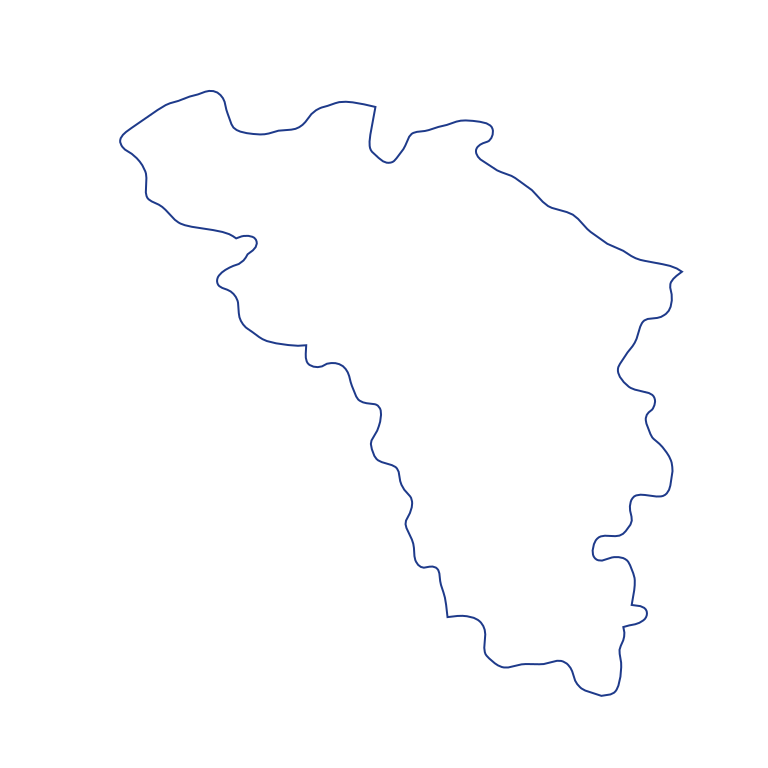 La Mata, Sánchez Ramírez, Dominican Republic (orthographic projection), rotated 99°
{"feature_id": "3306468B26306333639139", "entity_name": "La Mata", "entity_type": "district", "adm_level": 2, "iso_a3": "DOM", "parent_name": "Dominican Republic", "parent_adm1": "Sánchez Ramírez", "projection": "orthographic", "projection_center": [-70.199, 19.067], "detail": "fine", "context": "isolated", "style": "outline", "palette": "blue", "viewbox_px": 768, "rotation_deg": 99, "n_neighbors": 0, "source": "geoboundaries", "source_scale": "gbopen_adm2", "svg_char_len": 5408}
<svg xmlns="http://www.w3.org/2000/svg" viewBox="0 0 768 768"><g transform="rotate(99 384 384)"><path d="M226.5,107.3L224.1,112.9L222.6,120.0L222.1,127.5L221.6,145.3L221.3,150.3L220.4,155.2L218.9,159.8L215.0,168.6L210.6,185.3L201.5,203.7L199.1,207.5L190.6,218.1L187.2,224.0L185.6,230.3L183.8,245.7L182.6,249.8L179.2,255.7L169.4,268.2L160.0,286.7L158.5,290.7L156.4,301.4L155.3,305.7L147.1,323.9L144.8,326.8L141.9,328.9L140.2,329.5L138.4,329.7L136.6,329.3L135.1,328.6L132.6,326.5L130.7,323.9L128.4,319.6L127.4,318.3L124.3,316.5L120.7,315.7L116.9,316.0L115.1,316.7L113.3,317.9L112.0,319.6L110.5,323.6L110.0,330.2L110.2,337.3L110.9,344.6L111.9,349.3L113.5,353.5L118.3,362.5L121.6,370.5L126.2,379.5L127.7,383.2L129.8,390.9L131.4,394.3L132.6,395.8L135.8,397.8L145.3,400.3L149.0,401.6L159.0,406.9L162.1,408.9L163.4,410.3L164.3,412.1L164.8,414.0L165.0,416.0L164.2,419.8L161.6,424.6L156.5,432.2L155.0,433.6L153.1,434.7L151.1,435.4L146.8,436.2L139.9,436.5L111.7,435.8L110.9,447.5L110.7,459.0L111.2,465.8L112.6,472.3L114.3,476.1L118.1,483.2L120.7,488.9L121.8,490.7L124.2,493.9L128.7,497.9L137.6,502.7L140.8,505.0L143.6,507.9L145.8,511.3L147.3,515.4L150.3,527.8L154.6,537.0L156.0,541.0L156.9,545.4L157.5,552.2L157.7,558.9L157.2,565.4L156.2,569.3L154.3,572.8L151.3,575.3L141.3,580.8L137.8,582.6L130.2,585.6L126.9,587.8L124.2,590.7L122.2,594.2L121.4,598.4L121.9,602.6L123.3,606.3L127.1,613.1L130.5,620.9L136.6,631.5L140.2,639.3L142.7,643.3L148.8,650.5L170.6,673.4L175.4,678.2L178.7,680.8L182.4,682.5L184.5,682.7L186.4,682.4L189.5,680.6L190.8,679.4L193.0,676.5L196.1,669.2L199.6,663.6L202.5,660.1L205.8,656.9L211.4,653.0L213.5,652.0L217.7,650.9L232.1,649.2L235.6,647.9L237.2,646.8L238.4,645.4L240.0,642.0L242.1,634.5L243.8,630.7L246.2,627.0L254.5,616.3L256.6,612.3L257.4,610.1L258.3,605.5L258.8,598.4L258.7,576.8L259.1,567.3L260.2,560.4L261.6,556.4L263.3,552.8L260.5,547.8L259.7,545.6L258.9,541.2L259.2,537.0L259.9,535.0L261.5,533.1L263.3,532.1L265.2,531.6L268.9,532.2L272.5,534.4L277.2,539.0L280.7,540.3L284.0,542.1L288.2,546.2L290.9,551.3L293.2,554.8L296.1,558.5L299.2,561.6L302.7,564.0L304.6,564.8L306.6,565.1L308.5,565.0L310.3,564.4L311.9,563.4L313.1,562.0L314.4,558.8L315.4,553.6L316.6,549.9L318.6,546.7L321.3,543.9L324.6,541.7L326.5,540.9L336.7,538.5L340.7,537.2L344.1,535.2L347.2,532.5L349.7,529.4L350.7,527.5L353.4,521.9L357.1,514.8L358.7,511.0L359.9,506.4L360.7,496.9L360.5,484.6L359.7,474.9L357.9,466.9L366.6,466.0L370.4,465.3L373.9,463.8L375.5,462.5L376.8,460.6L377.9,456.4L377.7,452.1L376.3,448.0L372.9,443.5L371.6,439.5L371.0,435.4L371.4,431.3L372.8,427.4L375.2,424.2L378.2,421.6L381.7,419.6L387.4,417.2L390.9,415.4L400.7,409.5L403.4,407.0L404.3,405.4L405.4,401.9L405.7,398.2L405.4,389.8L405.7,388.2L406.4,386.6L408.8,384.1L410.7,383.1L414.9,382.1L421.8,381.9L426.5,382.5L431.1,383.4L441.7,387.5L445.3,387.6L450.3,385.8L456.5,382.3L459.2,379.7L460.3,377.9L461.5,374.0L462.9,363.5L464.2,359.6L465.4,358.0L468.4,355.8L477.4,352.8L480.8,351.0L485.2,347.5L490.9,340.6L492.3,339.4L495.7,337.9L497.6,337.5L501.5,337.3L507.4,338.2L515.5,340.9L519.1,340.8L522.7,339.3L533.3,332.1L537.2,330.1L541.2,328.8L549.3,327.0L553.1,325.5L554.6,324.5L557.3,322.0L558.9,319.0L559.2,315.9L557.3,310.4L556.7,307.4L557.2,304.1L558.1,302.6L559.3,301.3L562.4,299.7L569.8,297.7L573.5,296.3L580.7,292.6L585.5,290.4L592.4,288.1L604.3,284.8L601.6,275.1L600.7,270.3L600.4,265.7L600.9,258.8L602.3,254.4L603.3,252.6L604.5,250.9L607.5,248.1L611.0,246.1L615.5,244.8L628.9,243.7L633.0,242.5L634.9,241.5L636.3,240.2L638.6,237.2L642.5,230.9L644.1,227.4L645.1,223.4L645.2,221.3L644.6,217.1L639.4,204.3L638.4,200.1L636.5,186.7L635.6,182.4L630.3,169.8L629.8,165.7L630.1,163.6L631.5,159.8L632.6,158.2L635.2,155.4L638.3,153.2L647.1,148.8L650.2,146.2L652.7,143.1L653.8,141.4L655.3,137.3L658.0,120.5L655.2,111.8L653.0,108.6L651.3,107.3L649.4,106.4L645.2,105.3L636.1,104.7L626.6,105.4L622.1,106.2L613.7,109.0L609.7,109.8L605.7,109.2L599.7,107.6L595.8,107.3L591.9,107.7L586.6,109.6L584.1,104.1L582.0,98.3L579.9,94.4L577.0,91.0L575.3,89.6L573.3,88.7L571.3,88.3L569.3,88.4L567.4,89.0L565.7,90.2L564.4,92.0L563.3,96.0L563.5,104.8L548.5,104.6L543.5,104.9L538.7,105.6L536.4,106.2L532.0,108.2L524.5,112.6L521.5,114.9L520.2,116.4L519.2,118.4L518.5,120.6L518.3,125.1L519.0,129.6L519.7,131.8L524.3,141.0L524.6,144.7L524.2,146.5L523.2,148.3L521.6,149.9L519.8,150.9L515.8,151.9L509.4,151.6L505.3,150.4L503.5,149.3L501.8,147.8L500.6,146.0L499.3,142.1L498.1,131.7L496.9,127.7L494.6,124.5L491.6,122.3L484.4,118.6L480.2,117.9L476.3,118.8L470.6,121.1L466.3,122.0L461.9,121.9L459.8,121.5L457.8,120.6L455.9,119.3L454.6,117.5L453.2,113.3L452.8,108.9L452.5,97.3L451.7,92.9L450.9,90.9L449.5,89.0L447.8,87.6L443.9,85.9L439.5,85.3L425.0,85.4L420.8,86.3L416.7,87.6L414.7,88.6L410.9,91.1L407.5,94.1L402.8,99.0L400.1,102.5L396.0,109.2L394.8,110.7L391.8,113.0L382.1,118.6L378.7,119.8L376.8,120.1L373.3,119.6L370.6,118.1L367.4,115.2L366.0,114.5L362.6,113.6L359.1,113.5L357.3,113.9L355.5,114.7L354.0,115.8L352.8,117.3L351.5,120.9L350.3,135.4L349.3,139.7L348.4,141.8L344.7,147.4L340.1,152.1L336.5,154.3L334.6,155.0L332.5,155.3L330.6,155.2L327.2,154.1L314.7,148.4L307.7,144.4L304.0,142.8L299.8,141.6L287.3,139.9L283.6,138.8L281.9,137.9L280.5,136.8L278.5,133.7L276.0,124.5L274.4,120.9L271.9,117.8L270.5,116.4L267.1,114.2L262.9,113.0L256.5,112.8L250.5,113.9L244.0,116.4L240.5,116.8L238.6,116.5L234.9,114.7L231.4,112.0L226.5,107.3Z" fill="none" stroke="#1e3a8a" stroke-width="2"/></g></svg>